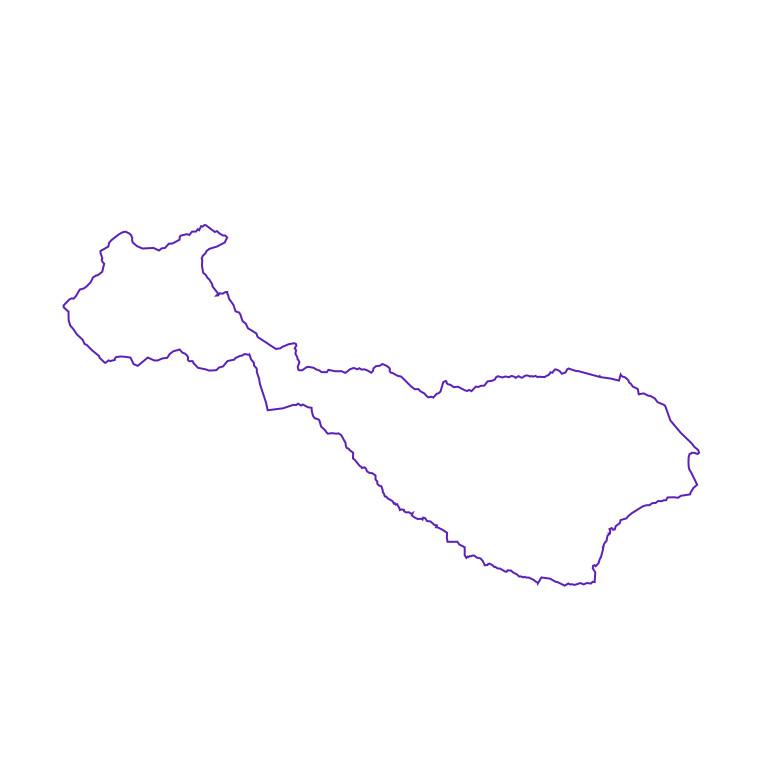 Chiojdeni, Vrancea, Romania (orthographic projection), rotated 315°
{"feature_id": "2599482B77515537465857", "entity_name": "Chiojdeni", "entity_type": "district", "adm_level": 2, "iso_a3": "ROU", "parent_name": "Romania", "parent_adm1": "Vrancea", "projection": "orthographic", "projection_center": [26.832, 45.598], "detail": "fine", "context": "isolated", "style": "outline", "palette": "violet", "viewbox_px": 768, "rotation_deg": 315, "n_neighbors": 0, "source": "geoboundaries", "source_scale": "gbopen_adm2", "svg_char_len": 6153}
<svg xmlns="http://www.w3.org/2000/svg" viewBox="0 0 768 768"><g transform="rotate(315 384 384)"><path d="M567.4,598.2L567.2,596.7L564.6,590.2L565.3,585.5L564.0,581.0L562.5,578.9L561.0,574.3L556.9,571.4L559.9,567.0L558.1,561.7L558.7,558.5L558.4,556.3L559.4,554.2L559.3,550.9L558.9,548.9L558.0,547.8L557.7,545.7L558.0,544.7L552.5,547.7L548.4,540.8L541.7,531.9L542.1,530.9L541.1,530.8L530.7,512.6L528.9,510.5L525.4,503.5L523.7,503.2L520.6,504.2L517.1,502.6L517.3,498.8L516.2,495.7L515.0,494.5L511.0,495.1L509.9,493.4L507.5,494.1L502.4,492.6L498.6,488.3L497.6,487.9L496.8,485.4L494.6,484.2L493.9,482.7L492.4,481.8L492.2,480.6L490.8,478.7L489.1,477.7L486.7,477.5L485.6,476.6L484.6,473.5L481.5,472.8L481.4,471.3L480.1,468.8L479.3,468.1L477.4,467.8L475.2,464.6L472.4,463.1L470.0,459.0L467.8,458.5L465.8,459.2L463.2,458.4L459.1,455.4L453.8,456.1L451.2,453.8L448.6,452.8L447.1,450.8L440.8,450.9L439.9,448.3L437.9,447.8L436.8,445.9L434.4,438.2L431.1,435.6L430.4,431.7L429.0,429.2L428.9,427.9L430.0,426.2L429.8,425.5L427.2,424.6L418.6,429.3L416.0,429.1L414.4,428.2L409.2,428.4L408.5,426.5L405.9,424.8L405.6,422.6L405.9,419.5L404.6,414.9L404.7,411.9L402.1,409.5L401.4,404.7L401.4,390.9L399.4,387.8L397.8,382.1L396.8,380.8L397.2,378.7L398.7,377.8L399.1,376.1L398.7,373.1L397.1,368.8L394.0,368.1L390.8,365.7L387.7,365.5L385.5,366.9L383.0,367.0L381.8,362.5L380.4,359.6L378.3,357.9L377.7,355.4L375.6,354.8L374.0,351.3L370.6,349.6L364.6,348.9L363.0,344.9L358.6,340.6L354.7,334.7L351.9,335.2L348.3,331.5L347.8,328.5L346.5,326.1L345.7,322.9L342.9,318.6L341.2,317.4L335.8,316.4L333.8,314.4L333.5,313.4L335.2,310.8L339.5,308.9L340.4,306.7L340.3,305.6L341.6,303.8L342.8,299.9L345.7,298.0L346.1,295.6L349.1,295.0L350.0,293.6L349.4,291.7L344.8,288.5L338.0,285.7L336.1,285.6L332.3,282.7L327.9,261.4L329.5,258.0L327.2,248.4L329.0,243.5L328.5,240.3L328.8,238.7L331.6,233.3L332.1,231.0L330.4,227.7L333.5,221.5L334.7,214.2L336.7,210.9L337.0,209.4L338.2,208.1L336.7,206.8L333.7,206.0L331.9,203.7L329.4,204.1L328.1,203.0L330.1,203.0L330.7,202.4L331.7,193.7L333.1,192.0L334.4,186.3L334.2,184.4L335.1,180.7L334.8,177.5L338.9,171.6L343.2,167.8L344.0,166.2L346.7,165.2L350.5,165.3L352.4,164.5L356.0,164.9L363.3,168.8L371.4,171.3L376.7,169.5L376.8,166.8L375.1,165.0L374.1,161.2L374.0,157.8L371.9,156.9L370.3,145.8L369.6,144.7L366.9,144.4L366.3,143.1L362.0,144.5L361.8,142.9L358.9,143.3L356.0,140.5L351.8,141.0L350.5,138.6L345.0,135.3L343.8,135.4L341.5,137.4L333.8,135.1L331.1,132.7L325.2,132.9L322.8,130.9L319.3,130.5L317.2,124.8L309.0,117.4L306.8,111.8L306.4,106.2L307.5,104.3L309.3,102.6L310.5,99.7L310.2,97.0L309.0,93.6L306.7,92.0L302.4,90.7L292.5,89.5L289.4,89.8L286.3,91.9L277.5,89.5L276.1,91.1L273.6,96.1L272.2,96.5L271.3,98.8L271.2,101.1L264.1,105.4L258.4,104.7L257.5,103.8L253.7,102.9L248.2,104.7L242.8,104.7L239.3,104.2L235.7,102.1L228.3,104.0L224.8,104.2L223.7,102.6L221.1,101.7L213.0,101.9L211.7,103.4L212.1,109.7L206.1,115.9L203.5,120.7L203.1,125.8L201.9,131.8L202.2,139.7L200.6,144.0L201.4,146.4L201.4,154.0L202.3,162.6L201.4,164.5L201.6,171.5L202.1,172.1L206.0,172.6L206.5,174.1L210.6,176.6L211.8,175.7L213.7,175.6L217.3,178.4L220.4,182.0L223.4,186.1L221.0,192.9L222.7,197.0L235.7,198.3L238.1,204.7L240.4,207.2L245.3,209.2L249.3,212.2L253.5,211.3L257.9,211.8L263.9,215.1L263.6,219.2L264.7,221.6L264.9,224.1L264.4,226.5L262.5,228.1L262.3,229.5L262.4,230.2L264.7,232.3L264.7,233.3L264.1,234.3L263.9,241.0L268.4,247.8L269.7,250.7L273.6,254.3L275.3,255.7L279.0,255.7L282.7,257.8L289.6,257.1L295.4,260.9L297.4,260.6L302.2,262.4L303.7,263.6L306.6,264.2L309.2,268.0L309.7,268.0L307.4,272.6L307.0,277.0L305.1,279.1L305.0,282.5L304.5,283.7L302.5,285.6L299.6,291.6L296.2,296.4L287.5,313.6L283.2,320.3L295.3,329.7L305.2,334.7L307.0,336.8L309.3,337.1L310.1,340.6L312.1,341.1L313.8,346.7L316.0,349.6L313.8,352.1L311.3,356.2L310.8,359.1L312.6,362.8L312.6,364.0L309.4,369.7L309.7,374.6L309.1,377.7L309.2,379.5L312.5,382.0L315.1,385.4L317.0,386.8L317.6,390.0L315.1,398.5L313.1,401.0L312.4,402.8L313.3,404.8L312.9,406.1L313.6,410.8L309.4,414.7L309.7,416.8L308.9,424.9L309.4,426.9L309.0,427.8L311.4,429.3L311.3,431.5L310.4,433.1L310.3,434.4L311.0,436.9L312.7,438.9L313.3,442.7L310.5,445.5L310.3,448.2L308.7,449.9L308.7,452.4L309.8,454.5L307.8,458.5L306.7,459.5L306.4,461.6L305.1,464.0L306.0,465.4L305.7,467.4L307.2,472.7L306.4,475.6L307.3,475.9L306.9,477.5L308.3,478.2L307.1,482.6L306.1,484.4L307.5,484.9L309.1,487.1L308.2,488.4L309.0,490.7L310.8,492.1L311.7,495.4L312.7,495.6L310.9,496.3L310.8,496.9L311.1,499.5L312.4,503.3L315.3,505.9L315.4,507.1L317.2,506.2L318.2,508.0L317.5,511.3L319.7,514.1L320.0,519.4L321.4,521.3L319.5,522.1L320.5,523.2L322.2,528.0L323.4,533.8L319.7,537.2L317.3,540.5L324.3,547.4L323.8,551.0L325.6,556.5L320.0,562.1L319.2,565.2L321.1,565.2L321.3,566.1L322.9,566.3L323.6,567.3L325.2,567.8L326.5,569.2L326.9,572.5L328.9,575.6L328.7,578.8L327.1,583.5L329.2,585.2L330.2,584.9L331.5,585.5L332.5,588.6L332.6,591.6L333.5,592.1L333.8,594.5L335.6,596.7L337.1,602.4L337.9,603.4L339.7,603.2L341.9,605.8L342.0,608.4L343.3,612.4L343.5,615.9L344.7,616.8L345.8,619.2L347.1,619.8L347.7,621.4L349.4,623.1L351.4,628.5L351.5,630.7L352.2,633.2L351.8,633.8L358.5,632.1L363.8,639.1L365.5,645.2L366.5,646.5L369.2,654.3L373.3,655.4L373.7,657.2L375.0,658.1L376.8,660.9L382.2,663.7L383.4,666.8L386.7,668.2L389.3,671.4L391.6,671.4L392.9,673.0L400.2,666.6L401.3,661.9L403.2,660.4L404.8,661.0L404.8,662.5L409.0,662.4L413.1,660.2L414.7,660.0L422.3,655.6L423.3,654.1L424.3,654.3L425.4,653.2L428.5,652.2L430.0,652.5L434.8,649.3L436.5,649.4L437.0,648.8L437.2,649.5L438.1,649.5L439.9,647.9L440.9,646.0L443.0,646.8L443.3,647.8L442.7,648.6L442.9,649.1L444.4,650.0L447.3,648.4L452.5,649.1L455.1,647.5L460.5,650.5L462.8,650.1L467.9,650.6L480.1,653.4L483.6,655.1L486.2,657.5L489.4,657.9L492.0,660.2L495.2,660.6L497.5,663.3L499.4,663.9L501.3,665.6L504.3,664.7L509.1,669.3L511.5,672.4L514.9,673.0L522.4,678.5L524.1,677.5L529.3,676.3L534.2,676.7L538.6,663.9L539.3,660.7L540.9,658.0L544.0,654.6L547.6,651.2L550.6,649.6L552.0,650.4L552.8,650.1L554.8,652.1L556.2,655.2L558.2,655.4L559.5,652.9L559.0,648.0L559.6,643.8L559.3,628.4L560.7,612.3L567.4,598.2Z" fill="none" stroke="#5b21b6" stroke-width="2"/></g></svg>